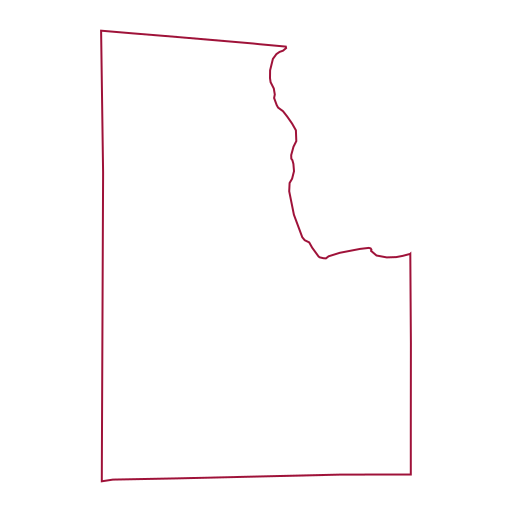 outline of Baker, Florida, United States of America
{"feature_id": "52423323B7766336727769", "entity_name": "Baker", "entity_type": "district", "adm_level": 2, "iso_a3": "USA", "parent_name": "United States of America", "parent_adm1": "Florida", "projection": "equal_earth", "projection_center": [-82.214, 30.36], "detail": "fine", "context": "isolated", "style": "outline", "palette": "rose", "viewbox_px": 512, "rotation_deg": 0, "n_neighbors": 0, "source": "geoboundaries", "source_scale": "gbopen_adm2", "svg_char_len": 911}
<svg xmlns="http://www.w3.org/2000/svg" viewBox="0 0 512 512"><path d="M101.1,30.7L103.1,173.0L101.9,452.9L101.8,481.3L112.9,479.6L176.6,478.4L340.4,474.6L410.8,474.5L410.8,430.4L410.9,343.3L410.3,253.8L410.2,253.9L402.6,255.9L396.2,257.1L386.7,257.4L376.5,255.5L371.1,250.9L371.4,249.6L370.6,248.4L368.8,247.9L360.1,248.9L339.8,252.8L328.6,256.3L325.9,258.4L323.3,258.2L319.6,257.3L318.5,256.4L312.1,247.6L309.2,242.4L304.7,240.2L302.3,237.3L293.9,214.7L289.2,191.3L289.6,183.0L292.1,178.7L294.0,171.2L293.4,163.9L292.4,160.2L291.3,158.7L291.2,155.1L293.5,146.7L296.3,141.1L295.9,130.3L292.1,123.6L287.3,116.7L283.0,111.2L278.1,107.6L276.7,105.1L274.1,98.0L274.8,94.5L273.8,88.5L270.6,82.2L270.0,78.1L270.1,70.3L272.9,58.9L276.4,54.1L279.6,51.9L283.0,50.7L286.1,48.1L285.8,46.6L259.4,44.2L253.2,43.5L231.1,41.6L165.2,36.0L132.0,33.3L101.3,30.7L101.1,30.7Z" fill="none" stroke="#9f1239" stroke-width="2"/></svg>